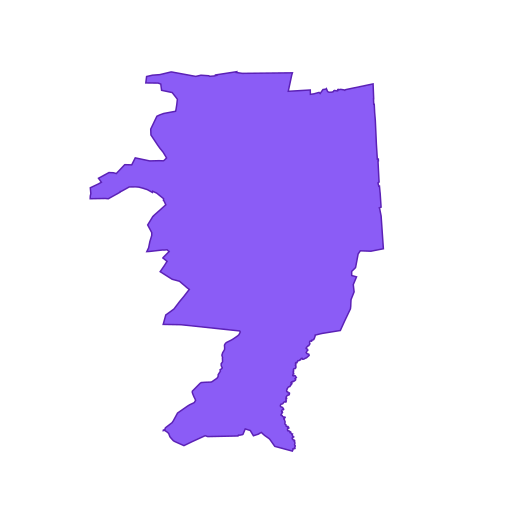 the district of Lielplatones pag., Jelgava, Latvia, rotated 348°
{"feature_id": "27541924B38186203198692", "entity_name": "Lielplatones pag.", "entity_type": "district", "adm_level": 2, "iso_a3": "LVA", "parent_name": "Latvia", "parent_adm1": "Jelgava", "projection": "natural_earth1", "projection_center": [23.633, 56.444], "detail": "fine", "context": "isolated", "style": "filled", "palette": "violet", "viewbox_px": 512, "rotation_deg": 348, "n_neighbors": 0, "source": "geoboundaries", "source_scale": "gbopen_adm2", "svg_char_len": 6118}
<svg xmlns="http://www.w3.org/2000/svg" viewBox="0 0 512 512"><g transform="rotate(348 256 256)"><path d="M251.0,454.4L251.6,453.6L251.8,453.0L252.1,452.8L252.0,452.4L253.4,452.3L253.8,452.5L254.1,452.4L254.2,452.2L254.0,451.8L253.9,451.3L254.5,450.8L254.5,450.5L254.8,450.2L254.9,449.6L254.5,449.1L254.6,448.2L255.1,447.4L255.2,446.3L254.9,445.2L255.4,444.9L255.3,444.2L254.0,443.4L253.9,443.0L253.6,442.7L253.5,441.6L254.3,441.3L254.7,441.0L255.2,440.8L254.8,440.3L254.4,440.2L254.4,439.6L254.4,439.0L254.2,438.9L254.2,438.3L254.6,437.7L253.9,437.5L253.9,437.2L253.4,436.3L252.7,436.0L252.6,435.5L253.1,435.2L252.7,434.8L252.4,434.7L252.4,434.4L251.7,433.8L251.0,433.7L250.7,433.4L250.7,432.0L251.0,431.6L252.0,431.2L251.4,430.8L251.4,430.6L252.2,430.2L251.7,429.3L250.3,429.0L250.1,428.6L250.2,427.3L249.4,426.4L249.4,425.7L250.0,424.4L249.9,423.7L249.7,421.6L249.3,421.2L249.5,420.5L249.6,420.4L250.2,420.5L250.9,420.1L250.9,419.7L250.2,419.4L249.5,419.2L248.8,418.6L248.5,418.2L248.5,417.7L248.2,417.3L247.5,417.1L247.4,416.7L247.7,416.1L248.4,415.5L248.6,414.9L249.2,414.8L249.4,414.5L249.2,414.1L249.3,413.7L248.7,413.3L248.8,412.7L249.5,412.1L250.0,411.9L250.7,412.1L251.2,411.7L251.0,410.8L250.7,410.3L250.5,409.6L249.1,408.8L248.6,407.8L248.8,407.1L249.6,406.1L249.9,406.1L250.3,406.2L251.4,406.1L252.7,404.9L253.7,404.6L254.3,404.7L254.8,405.1L255.2,404.7L255.5,404.0L255.2,403.8L255.5,402.7L255.7,402.4L255.6,402.0L256.2,402.0L256.4,401.8L256.3,401.0L256.0,400.6L256.3,400.0L257.8,398.8L259.2,398.8L259.8,398.3L260.2,397.3L260.2,396.9L259.1,396.6L258.9,395.6L257.9,395.0L258.0,393.9L258.3,393.3L258.7,392.9L258.7,392.5L260.5,390.8L262.1,390.7L262.8,389.7L263.4,389.5L263.6,389.2L263.5,388.7L264.1,388.7L264.6,388.4L264.5,387.8L264.3,387.6L264.4,387.3L264.1,386.9L264.9,386.5L265.8,386.8L266.1,386.5L266.3,386.2L266.9,386.4L267.6,386.2L268.8,385.6L269.1,385.0L268.7,384.1L270.2,383.3L269.4,381.3L268.6,381.0L267.6,381.0L267.1,380.6L267.7,379.2L268.4,379.2L268.5,378.9L268.2,378.0L268.4,377.6L268.2,377.3L268.3,376.9L268.8,376.6L269.0,376.1L268.8,375.7L268.9,375.1L269.2,374.5L269.9,374.1L270.7,374.3L271.4,373.9L272.0,373.0L271.8,372.7L272.2,371.8L271.8,371.0L272.4,370.5L272.3,369.4L272.4,368.9L272.8,368.6L273.2,369.0L273.7,369.0L274.2,368.4L274.3,368.0L275.3,367.1L275.8,367.3L276.5,367.2L277.2,366.7L277.9,366.9L278.6,366.2L278.8,365.7L279.8,365.6L280.2,366.7L281.3,366.8L282.9,366.3L284.2,366.1L287.3,364.3L287.3,363.4L287.2,363.0L285.7,362.2L285.3,361.8L285.3,361.3L285.0,360.9L286.2,359.4L287.0,359.1L287.1,358.5L287.0,357.9L285.9,357.1L285.8,356.8L286.2,356.1L287.0,355.5L287.8,355.1L288.3,354.6L288.9,354.7L290.4,353.2L290.5,352.9L290.3,352.4L290.5,351.3L291.0,350.6L291.5,350.5L292.1,350.6L292.4,350.9L292.8,350.8L293.0,350.5L293.0,350.0L294.6,349.9L295.2,349.7L295.3,349.2L295.9,348.8L297.2,346.6L297.4,345.7L302.6,345.5L304.9,345.5L323.0,346.4L328.9,338.4L337.4,327.3L338.2,324.9L339.1,321.3L339.9,318.4L344.5,311.5L345.2,304.2L350.0,297.3L345.6,295.0L346.3,291.2L346.5,290.9L350.9,288.1L351.2,287.5L356.3,275.3L359.1,272.6L369.4,275.2L382.1,275.4L386.7,242.9L386.8,235.0L386.6,234.6L388.0,234.2L388.5,234.2L390.5,220.4L390.6,219.1L391.3,213.3L390.6,213.3L390.5,209.9L391.8,209.2L392.2,206.4L394.7,190.8L395.1,188.4L395.5,188.4L395.8,186.6L394.8,186.5L397.0,171.7L400.9,148.2L401.9,140.3L403.2,132.2L402.7,132.1L403.6,126.7L403.8,126.7L406.3,112.0L378.7,111.9L377.7,112.0L377.3,112.4L376.6,111.8L373.5,110.6L372.1,110.6L371.3,110.2L370.9,110.1L370.6,110.2L370.2,110.8L370.4,111.3L370.1,111.4L368.8,111.1L367.3,110.4L367.0,110.4L366.4,110.6L366.1,111.1L365.8,111.3L364.3,111.5L361.9,111.1L361.4,111.0L360.7,110.5L360.3,109.9L360.0,109.2L359.9,108.1L359.6,106.9L359.1,107.3L356.1,107.1L352.5,110.4L351.7,109.1L346.4,109.4L342.8,109.2L343.6,104.9L321.8,101.6L328.5,86.6L329.7,84.4L280.5,74.5L274.9,72.4L275.4,71.7L254.5,70.5L254.9,71.1L252.5,71.2L247.9,70.6L247.4,69.9L239.7,67.7L234.4,67.8L211.9,58.5L211.0,58.3L199.7,58.6L192.3,57.6L186.3,57.7L184.2,63.8L196.2,66.5L198.6,68.0L198.1,74.3L208.0,78.7L211.7,86.3L210.0,91.4L208.2,96.1L207.4,97.7L195.3,97.4L191.1,98.0L188.1,98.7L179.4,110.0L178.4,115.8L183.0,127.4L184.5,130.8L186.8,135.3L188.9,141.5L186.0,143.4L185.0,143.6L181.0,142.6L171.8,140.9L158.3,134.9L153.4,141.0L146.7,139.4L146.4,139.5L136.5,146.3L133.8,144.9L129.5,143.8L118.1,147.2L120.1,151.7L117.0,152.7L108.1,154.8L107.4,160.7L106.4,162.8L105.7,165.5L120.6,168.4L123.4,169.3L136.4,165.3L136.6,164.7L137.5,164.8L146.4,162.1L152.9,163.4L155.8,164.3L160.5,166.7L160.5,166.8L163.4,168.4L167.9,172.3L168.4,171.2L171.9,173.8L177.5,180.7L177.0,182.5L177.5,183.0L178.4,187.2L164.2,195.3L164.2,195.5L163.3,195.9L156.5,203.1L158.9,211.5L158.4,213.7L158.3,214.2L155.1,220.0L152.7,225.6L150.1,229.0L152.7,229.4L165.9,230.7L167.4,231.1L170.3,231.4L171.9,233.6L166.5,237.1L164.7,238.3L164.5,238.6L167.9,242.7L164.2,246.5L159.0,251.4L169.1,261.3L175.9,264.8L182.1,272.9L183.8,274.8L176.6,280.9L172.0,284.5L164.7,290.8L155.5,294.9L151.0,303.6L168.3,307.6L224.4,325.9L224.6,326.2L224.8,327.1L223.0,329.4L221.5,330.3L216.7,332.3L214.4,333.1L209.3,334.4L208.1,335.0L207.0,336.1L206.6,336.7L206.2,339.4L205.8,340.9L204.6,342.3L203.3,343.6L202.5,345.1L202.2,345.5L202.0,346.1L202.2,348.3L201.9,349.0L201.4,352.2L201.0,352.9L199.6,354.0L199.2,355.6L199.4,357.3L199.8,358.2L199.7,358.5L198.8,359.2L197.2,359.8L197.2,361.3L195.0,363.5L194.2,364.4L194.1,365.6L193.3,366.7L192.3,367.5L186.8,369.8L185.9,370.0L179.8,368.9L176.1,368.4L174.7,369.0L165.6,375.0L165.3,376.1L165.5,378.0L166.1,381.1L166.6,382.9L166.9,384.6L165.3,386.4L164.6,386.7L160.3,387.7L158.0,388.5L146.6,393.3L140.7,400.2L139.2,401.6L132.5,404.8L131.5,405.4L131.2,405.9L130.8,406.9L129.2,407.0L129.0,407.5L130.8,407.5L130.8,408.0L132.7,410.0L133.7,411.5L134.2,414.9L134.9,416.3L136.7,419.4L137.6,420.3L139.2,421.5L146.1,426.5L155.0,424.3L168.9,421.2L171.2,422.6L201.0,428.3L201.5,427.6L203.1,427.9L204.9,427.9L205.7,427.9L206.2,427.7L209.5,422.9L214.1,425.5L216.1,431.3L221.7,430.7L222.0,430.4L224.6,429.7L225.4,431.0L227.1,433.3L230.8,437.3L231.5,438.4L234.8,446.1L251.0,454.4Z" fill="#8b5cf6" stroke="#5b21b6" stroke-width="1.5"/></g></svg>